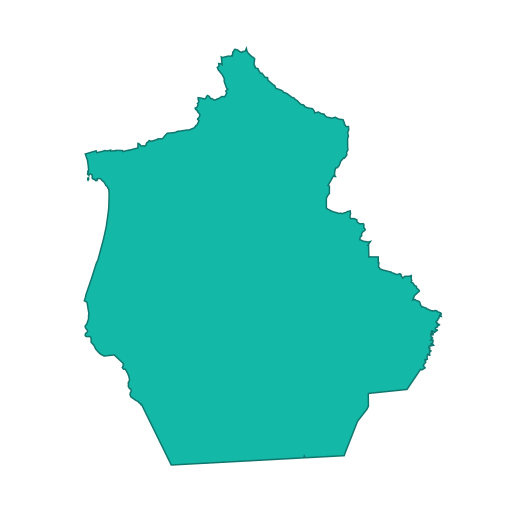 Alexandrina, South Australia, Australia (Mercator projection), rotated 84°
{"feature_id": "25037944B24690359827006", "entity_name": "Alexandrina", "entity_type": "district", "adm_level": 2, "iso_a3": "AUS", "parent_name": "Australia", "parent_adm1": "South Australia", "projection": "mercator", "projection_center": [138.826, -35.338], "detail": "fine", "context": "isolated", "style": "filled", "palette": "teal", "viewbox_px": 512, "rotation_deg": 84, "n_neighbors": 0, "source": "geoboundaries", "source_scale": "gbopen_adm2", "svg_char_len": 5988}
<svg xmlns="http://www.w3.org/2000/svg" viewBox="0 0 512 512"><g transform="rotate(84 256 256)"><path d="M165.0,155.1L162.2,155.1L160.2,153.5L157.4,153.5L149.3,152.7L148.3,152.5L146.4,151.5L143.6,152.0L141.9,151.6L140.4,150.6L136.9,150.5L136.9,152.0L136.3,153.3L135.0,153.7L134.5,154.2L132.6,154.3L129.5,155.2L128.5,159.5L126.3,162.6L126.9,166.5L126.2,167.9L125.3,171.1L123.2,173.0L121.9,173.5L121.5,175.8L119.3,179.0L119.9,182.6L118.4,182.8L116.4,183.7L115.3,184.7L114.2,188.8L112.5,192.2L111.5,192.2L110.4,193.4L110.2,195.2L107.4,197.7L106.4,198.2L103.9,201.1L102.7,201.8L102.1,203.6L97.6,208.3L96.1,211.5L94.7,212.3L93.7,213.7L91.2,218.9L89.6,219.4L89.1,219.3L88.3,219.8L88.5,220.1L82.4,225.8L79.9,225.8L79.6,226.2L79.3,228.3L74.8,231.0L74.7,232.4L71.6,234.0L69.9,234.4L68.7,237.2L67.3,237.1L65.2,238.0L59.7,236.7L58.2,238.0L57.3,239.3L53.4,242.6L51.5,243.5L48.6,243.9L51.0,245.1L51.4,248.3L52.0,249.0L51.7,250.0L49.0,253.0L48.2,255.4L48.9,256.2L50.0,256.7L50.9,257.9L52.3,257.9L53.3,258.5L54.2,258.6L54.0,258.8L54.7,260.0L54.3,262.7L55.1,268.7L54.4,269.7L62.2,269.7L61.0,271.2L60.7,273.0L62.7,272.9L63.6,273.3L64.4,274.8L66.9,274.1L71.8,270.8L76.3,269.0L78.9,269.4L85.3,267.9L86.8,267.2L87.1,266.6L88.8,268.8L91.0,268.1L94.3,270.5L93.8,273.3L95.6,276.8L95.8,278.5L96.1,278.7L96.7,281.1L94.9,283.3L94.7,283.9L94.7,284.9L92.7,285.6L91.3,287.3L91.8,288.2L94.0,289.6L94.4,290.8L93.0,294.7L92.5,297.0L94.5,297.2L95.7,296.6L97.3,297.2L98.3,298.3L99.1,297.8L99.7,297.8L102.0,299.3L102.6,301.1L104.1,300.6L104.5,299.7L105.4,299.4L105.9,298.8L106.4,299.0L107.7,298.0L109.9,296.9L112.9,298.6L113.3,299.7L114.0,299.8L115.4,298.5L119.4,300.9L120.1,302.3L121.0,303.1L121.9,303.5L123.7,309.5L123.5,311.5L123.9,318.9L123.7,319.8L123.8,321.1L124.5,322.8L124.8,325.2L124.6,331.3L126.5,333.7L129.3,336.4L129.6,337.4L129.2,341.1L130.2,343.2L130.2,344.4L130.7,346.3L130.8,347.9L130.8,348.7L130.1,349.9L130.4,350.7L131.2,351.3L132.0,352.8L134.8,354.3L135.1,355.4L134.8,355.7L134.5,358.9L133.4,359.5L132.1,360.7L131.7,361.6L136.2,362.1L137.6,371.4L137.4,371.4L138.2,377.5L137.2,377.7L136.3,384.3L136.7,384.4L136.4,389.6L135.5,389.5L136.0,393.2L135.3,395.3L135.9,398.0L136.6,403.6L134.7,404.0L136.7,415.1L143.1,413.6L148.5,413.4L153.4,413.5L153.9,414.2L154.7,413.9L154.8,414.5L156.2,414.4L156.4,414.8L157.3,414.9L157.9,413.9L158.4,413.7L157.8,413.5L157.1,412.5L157.2,411.9L157.8,411.0L158.8,410.5L160.0,410.4L160.7,410.8L161.6,410.7L162.7,409.7L162.7,408.7L164.3,407.7L164.4,406.3L163.7,406.0L163.1,406.4L162.5,405.5L162.6,403.1L163.6,401.9L164.2,401.7L166.7,399.4L168.2,398.6L170.1,398.0L171.4,396.6L173.1,396.2L174.0,395.4L179.2,395.6L192.1,397.3L197.2,398.4L211.3,401.9L223.0,405.8L243.6,413.7L246.2,415.4L261.5,422.1L276.8,429.2L279.8,430.1L282.6,431.4L284.3,428.9L296.3,428.2L297.2,428.7L300.3,429.0L301.7,429.4L305.9,431.4L306.5,431.8L307.1,432.8L308.2,433.3L309.7,433.1L312.2,431.5L313.6,431.4L314.6,432.1L314.8,433.0L315.4,433.7L317.1,434.2L317.9,433.8L318.5,432.7L318.7,429.7L319.5,429.0L320.8,428.6L324.6,429.0L327.9,426.5L331.7,425.2L335.4,422.6L337.5,420.7L339.6,417.5L339.6,408.8L339.4,407.5L349.1,399.1L350.3,399.6L351.5,399.5L352.9,400.7L354.7,399.6L354.8,398.1L355.3,397.6L359.6,395.8L362.5,395.0L365.9,394.7L367.4,395.3L368.6,396.3L371.2,396.3L372.0,396.7L374.8,395.6L374.9,394.6L375.9,394.2L377.8,394.4L378.7,395.2L380.6,395.8L383.0,395.2L387.0,390.6L388.2,388.6L389.8,387.6L390.2,386.8L391.9,385.9L391.6,385.4L455.0,362.1L461.7,229.5L460.1,228.9L461.8,228.2L463.8,189.1L462.0,188.4L431.0,172.3L420.0,161.7L417.1,159.9L405.4,158.8L404.4,158.5L404.5,119.8L385.9,104.2L386.4,103.7L386.5,102.6L384.9,99.5L383.0,101.0L380.5,99.9L379.8,98.5L379.1,98.3L377.7,98.9L376.7,98.9L376.6,98.6L377.1,97.4L376.5,96.3L374.5,96.6L372.0,95.7L371.6,95.4L371.7,95.2L372.8,94.1L372.9,93.6L370.1,93.6L368.7,91.9L368.4,92.1L368.4,93.1L368.1,93.4L365.8,92.7L365.6,93.6L365.2,93.9L363.4,92.9L363.8,92.2L363.4,89.9L363.4,88.7L362.4,89.2L362.5,90.4L361.8,91.2L361.3,90.8L360.7,89.3L358.4,88.7L358.0,88.9L357.9,89.4L358.0,91.0L356.5,90.0L356.0,89.0L355.0,89.6L354.6,90.4L352.8,90.4L352.9,88.2L352.0,87.9L351.4,88.0L351.6,89.5L351.4,89.9L350.3,88.8L349.1,89.5L348.8,89.1L348.9,88.4L350.7,86.4L350.7,86.1L349.7,85.8L349.2,83.8L348.9,83.4L348.5,83.5L347.8,85.2L346.4,85.1L345.8,84.4L345.5,82.9L344.1,82.5L343.9,81.1L343.6,80.7L343.2,81.0L343.2,82.1L341.9,82.4L342.2,83.2L341.3,83.2L340.9,83.7L339.9,83.7L339.1,82.3L337.7,81.7L337.3,80.8L335.3,80.1L335.2,79.6L335.5,78.0L335.0,78.1L334.7,79.4L334.4,79.6L333.8,79.4L333.1,77.8L332.6,77.8L331.8,78.5L331.0,79.9L330.8,80.9L329.3,82.1L328.9,83.8L329.5,85.2L328.9,86.0L328.7,87.6L326.9,90.5L326.7,91.5L325.8,91.9L323.7,96.2L323.8,96.6L321.4,97.6L319.2,97.9L318.2,98.6L316.9,101.5L316.0,102.3L315.7,103.1L316.1,104.7L311.9,102.5L308.0,97.2L306.4,97.8L305.0,99.5L303.3,99.6L302.8,99.9L302.2,101.2L299.2,102.8L298.3,104.4L296.6,103.7L294.4,104.1L292.5,103.6L291.6,103.7L292.2,105.6L291.8,110.4L293.4,112.4L290.6,113.8L289.8,114.0L289.6,113.7L288.6,114.8L289.3,117.6L288.5,119.3L288.3,120.1L287.7,120.5L287.0,122.5L286.2,123.1L283.0,131.9L282.5,132.3L282.1,133.9L280.6,134.5L279.9,135.4L275.6,134.5L275.6,135.1L269.7,134.5L268.7,143.9L257.1,142.9L257.0,143.6L253.5,140.7L253.9,143.0L252.9,146.0L252.9,146.9L250.6,151.1L248.1,150.4L247.2,149.0L246.6,148.7L244.9,148.7L243.5,147.8L241.8,145.0L241.3,144.7L240.5,144.8L239.7,145.3L239.4,145.8L235.8,145.4L235.1,146.0L234.9,149.2L234.3,150.2L232.5,152.0L230.6,151.9L229.1,154.2L228.7,158.1L226.3,158.5L224.0,157.6L221.0,157.6L221.3,160.1L222.2,162.3L222.4,164.0L222.9,165.4L222.3,167.2L222.3,169.3L221.3,171.4L220.0,174.9L216.8,179.9L215.6,181.0L206.0,180.0L203.0,178.1L201.5,176.5L194.3,175.7L193.4,177.0L184.3,170.5L185.3,169.1L185.3,168.7L184.7,169.1L183.3,169.3L181.1,169.1L177.1,167.8L176.8,167.2L176.8,166.1L175.3,164.3L172.0,162.4L170.9,162.1L167.4,158.3L167.9,157.7L165.0,155.1ZM162.3,414.4L161.2,414.3L160.7,414.6L160.8,415.1L162.4,415.4L163.1,415.1L162.3,414.4Z" fill="#14b8a6" stroke="#0f766e" stroke-width="1.5"/></g></svg>